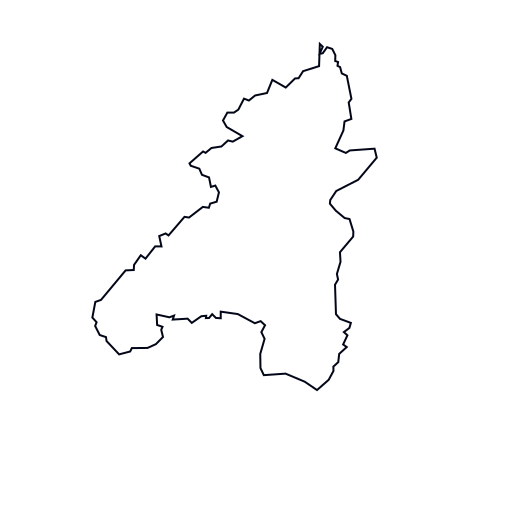 the district of Negotino, Negotino, North Macedonia, rotated 58°
{"feature_id": "65306769B63258214258120", "entity_name": "Negotino", "entity_type": "district", "adm_level": 2, "iso_a3": "MKD", "parent_name": "North Macedonia", "parent_adm1": "Negotino", "projection": "albers", "projection_center": [22.101, 41.515], "detail": "fine", "context": "isolated", "style": "outline", "palette": "ink", "viewbox_px": 512, "rotation_deg": 58, "n_neighbors": 0, "source": "geoboundaries", "source_scale": "gbopen_adm2", "svg_char_len": 1829}
<svg xmlns="http://www.w3.org/2000/svg" viewBox="0 0 512 512"><g transform="rotate(58 256 256)"><path d="M131.1,212.5L147.2,204.0L146.7,215.1L143.2,218.5L144.8,227.3L140.8,236.5L141.8,244.1L139.3,245.5L142.2,263.3L144.9,263.5L151.9,257.8L158.5,258.8L164.5,254.2L173.5,257.6L174.7,253.2L182.4,253.7L189.1,260.6L187.3,267.1L190.1,270.4L186.2,275.1L187.9,292.4L184.9,295.9L192.2,319.3L189.0,320.7L187.8,327.5L197.8,331.1L194.4,336.4L199.7,351.1L194.3,353.3L198.9,364.1L203.1,367.1L199.1,374.2L211.1,410.7L209.8,416.6L221.5,427.4L227.7,426.3L230.1,429.5L240.2,430.4L245.3,426.2L248.9,427.8L266.9,424.2L270.3,413.3L268.3,410.1L276.5,396.7L277.7,387.6L275.4,377.8L268.4,375.5L266.5,372.8L262.1,376.4L252.9,371.3L262.1,361.9L263.1,357.1L265.8,360.3L272.9,347.2L278.7,345.9L278.1,334.3L280.3,329.9L282.1,331.4L283.7,328.7L282.1,324.0L287.3,322.8L290.1,318.9L284.5,315.4L295.6,302.2L312.4,292.6L313.7,286.6L319.5,285.0L323.4,291.8L330.8,292.6L341.3,304.3L353.4,311.6L361.2,312.5L371.4,293.3L388.4,281.3L402.0,275.3L399.5,259.9L394.5,251.2L390.8,249.0L389.6,242.5L383.1,237.3L381.3,227.3L377.2,229.0L371.7,220.5L367.1,221.8L366.5,214.9L363.0,211.0L353.8,218.1L347.7,219.0L322.2,204.2L319.5,198.9L314.1,196.9L305.7,187.4L297.3,182.8L291.0,163.3L286.9,160.5L274.2,157.1L270.8,160.7L259.9,164.3L250.8,165.6L247.9,163.4L243.4,153.5L245.5,128.9L236.6,101.5L227.8,98.6L216.2,120.5L216.2,125.2L206.7,131.7L195.9,115.4L188.8,109.6L190.3,102.5L174.9,96.0L173.3,91.8L151.3,83.5L146.6,86.5L140.4,84.6L137.9,86.1L135.0,83.6L132.6,85.5L127.8,82.3L120.8,81.6L116.6,85.1L119.4,91.9L118.3,95.0L113.9,88.5L110.0,89.5L128.4,101.9L124.2,118.1L127.8,125.7L126.1,128.8L128.9,141.5L115.3,148.8L123.6,160.3L119.4,171.7L120.4,179.6L116.2,182.8L122.5,193.4L122.7,198.7L119.2,204.3L123.6,212.2L131.1,212.5Z" fill="none" stroke="#020617" stroke-width="2"/></g></svg>